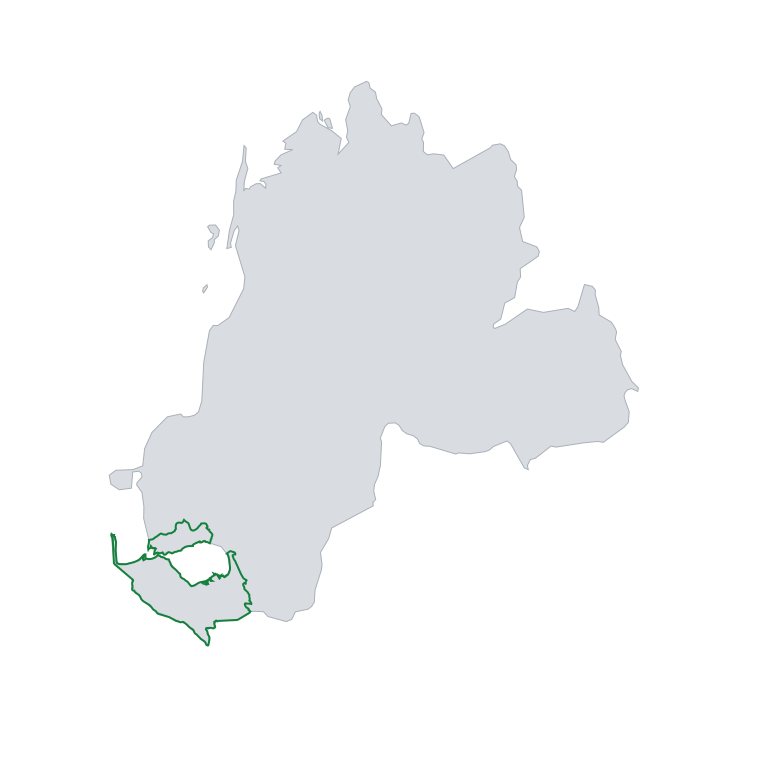 location of Zulia within Venezuela, rotated 282°
{"feature_id": "VEN-31", "entity_name": "Zulia", "entity_type": "State", "adm_level": 1, "iso_a3": "VEN", "parent_name": "Venezuela", "parent_adm1": "", "projection": "mercator", "projection_center": [-71.765, 10.117], "detail": "fine", "context": "in_parent", "style": "outline", "palette": "green", "viewbox_px": 768, "rotation_deg": 282, "n_neighbors": 0, "source": "natural_earth", "source_scale": "10m", "svg_char_len": 9797}
<svg xmlns="http://www.w3.org/2000/svg" viewBox="0 0 768 768"><g transform="rotate(282 384 384)"><path d="M668.4,293.4L676.4,304.0L675.6,306.5L670.6,308.9L667.7,315.0L661.4,317.6L652.7,324.8L647.0,325.4L638.1,337.5L643.0,346.8L641.8,351.6L644.0,354.0L654.2,354.3L655.2,356.8L653.9,360.7L652.1,363.2L638.2,370.9L631.5,370.0L628.7,372.4L619.7,374.1L617.2,378.7L619.5,384.8L620.4,394.9L609.1,406.9L637.1,438.8L640.1,440.4L643.1,447.8L642.1,452.2L637.1,457.3L630.0,461.1L625.9,467.6L621.6,469.0L613.9,468.4L610.1,472.1L605.3,473.4L602.1,478.3L576.3,486.5L565.2,484.0L552.2,490.0L549.9,504.9L545.9,508.4L541.1,508.3L525.1,493.2L517.0,495.4L511.6,493.3L495.7,493.8L488.3,485.3L471.8,484.7L465.5,478.9L462.6,478.8L461.3,480.7L467.8,490.3L487.1,508.6L487.2,525.1L496.2,548.2L494.6,555.5L499.9,557.6L523.0,559.4L522.8,567.6L519.7,571.3L515.2,572.0L503.3,578.2L496.3,580.1L491.7,593.6L487.8,597.5L483.5,600.7L475.7,600.8L465.1,609.4L461.3,609.2L452.3,613.5L437.9,626.0L433.1,633.6L429.5,633.8L430.9,627.1L429.1,623.5L425.7,621.6L422.5,621.2L418.5,623.0L407.8,629.6L397.4,631.0L391.9,628.0L372.6,610.7L372.2,604.8L367.8,591.0L358.0,565.3L358.1,560.3L342.7,547.4L340.6,542.9L334.2,541.2L330.2,542.9L331.2,538.6L352.0,520.1L353.8,516.0L345.7,504.1L341.3,500.8L338.7,496.6L333.5,482.2L332.1,471.1L330.4,468.9L332.6,441.8L331.7,435.8L333.2,431.3L337.3,428.1L339.5,423.3L340.0,416.8L342.4,411.4L346.8,407.2L348.3,403.1L346.5,396.4L342.7,393.7L330.2,391.6L326.8,393.7L303.8,397.4L292.4,397.4L283.7,395.6L277.1,396.2L269.4,399.9L265.6,397.8L262.6,398.8L232.3,362.8L221.2,362.0L206.1,356.9L194.2,361.0L189.2,361.4L168.0,359.4L156.2,361.2L151.3,359.4L148.0,356.6L142.7,344.7L134.6,342.7L131.3,338.0L132.4,318.8L136.2,313.5L134.8,304.8L133.6,300.6L122.9,289.9L117.3,268.9L110.2,267.8L108.1,263.2L106.0,262.3L100.2,265.2L94.0,266.4L92.7,265.2L108.2,239.2L114.1,208.4L121.9,193.3L132.4,181.1L140.9,177.5L153.4,156.8L180.9,148.2L173.7,154.5L157.3,158.5L153.5,161.0L153.9,167.9L158.7,177.7L167.1,185.5L163.2,186.3L165.0,193.3L168.9,198.1L169.1,201.1L166.1,210.5L153.5,225.2L146.7,238.0L151.9,245.7L152.6,249.5L161.9,259.0L161.0,262.8L165.1,270.5L171.6,271.6L184.3,266.7L191.0,258.5L192.5,242.8L191.2,237.3L183.4,223.7L178.1,218.4L173.4,206.6L171.3,195.8L174.9,193.3L174.5,187.7L183.3,186.1L202.5,176.9L214.3,174.6L227.8,169.7L233.7,163.2L235.8,162.8L242.8,166.6L246.3,165.2L247.7,162.3L245.7,156.5L229.6,158.6L225.5,147.1L229.1,137.8L237.7,134.2L243.9,139.7L248.1,156.4L253.8,165.0L271.0,163.3L288.4,167.1L306.9,179.0L312.4,191.4L310.1,194.5L311.3,199.7L314.0,205.0L318.1,208.4L329.7,209.3L367.7,203.2L399.7,202.2L405.8,204.8L406.5,209.2L416.8,218.7L447.9,226.9L459.9,225.7L488.5,209.9L503.8,210.3L508.2,207.9L502.5,205.5L489.8,204.6L485.9,206.2L483.8,202.1L502.1,200.9L518.3,201.8L531.6,198.9L542.0,199.0L552.6,197.1L572.4,199.3L588.1,197.5L586.3,200.1L572.8,202.2L566.5,206.0L553.0,205.3L543.5,206.7L546.5,207.7L546.5,211.6L549.2,212.5L553.3,217.3L554.3,221.3L550.9,227.5L554.8,226.9L557.0,224.8L557.0,220.4L559.1,221.2L569.1,239.5L573.3,235.1L576.3,237.8L576.2,230.9L579.5,231.1L586.8,235.7L594.3,246.1L593.0,238.1L599.0,238.0L600.6,234.6L612.7,246.0L625.4,249.4L634.9,257.9L632.9,262.2L627.2,264.3L625.0,266.9L620.7,280.5L615.3,291.1L599.3,291.3L612.9,299.4L617.6,296.0L624.4,295.8L634.6,291.5L648.4,293.4L654.4,289.9L661.9,290.4L668.4,293.4ZM503.1,180.3L504.5,186.1L500.2,191.0L494.3,191.2L489.7,187.9L487.2,188.7L479.3,186.9L481.6,183.8L487.4,182.3L491.8,185.9L495.4,186.0L496.3,183.1L501.2,178.8L503.1,180.3ZM632.0,275.9L623.4,280.4L623.0,276.0L629.6,270.6L632.5,273.9L632.0,275.9ZM444.3,190.2L442.0,191.2L435.6,188.8L437.0,187.3L440.5,187.3L444.3,190.2ZM633.7,267.6L628.5,269.1L630.0,265.9L635.4,264.2L637.4,264.8L633.7,267.6Z" fill="#d9dde1" stroke="#a8b0b8" stroke-width="1"/><path d="M179.3,148.7L180.6,148.7L180.0,149.8L179.9,150.6L180.2,151.4L179.1,151.5L178.7,151.6L178.5,152.0L178.4,152.7L177.1,153.1L174.6,154.4L172.9,154.9L165.7,156.0L157.6,158.5L155.9,158.8L154.8,159.2L153.9,159.6L153.3,160.1L152.8,161.7L152.9,163.6L154.2,169.4L157.8,176.6L160.4,180.3L161.5,181.4L166.6,184.3L167.2,184.8L167.7,185.4L167.8,186.1L165.4,186.6L165.6,185.9L165.3,185.4L164.7,185.0L162.6,184.5L162.1,185.1L161.6,185.4L162.0,185.9L163.5,187.4L163.9,188.0L163.7,189.7L164.1,191.4L164.8,193.3L165.7,194.8L166.7,196.2L168.1,197.4L169.9,198.3L169.4,199.3L169.1,201.0L168.4,202.0L168.6,202.3L168.7,202.8L168.6,203.3L168.4,203.8L168.6,204.5L168.3,205.4L167.8,206.3L167.5,207.2L167.6,209.6L167.7,209.9L167.6,210.1L167.2,210.4L166.9,210.6L165.8,211.0L164.7,212.2L164.0,212.4L163.3,212.8L162.2,213.7L161.1,215.0L158.6,219.7L156.3,222.9L156.0,223.9L155.4,224.3L153.6,224.8L152.9,225.3L152.4,226.1L152.0,227.0L151.6,228.9L150.6,230.6L149.7,233.0L146.9,236.3L146.2,237.6L146.4,238.2L147.2,239.9L147.7,240.7L150.7,243.7L151.7,245.1L153.9,250.0L153.1,249.6L152.8,248.8L152.5,247.8L152.1,247.0L151.8,247.3L152.1,247.9L151.6,248.1L151.3,248.5L151.9,248.8L152.6,249.4L153.1,250.2L153.3,251.1L153.0,251.9L152.3,252.0L151.5,251.5L151.0,250.9L150.8,251.7L151.1,252.6L151.8,253.6L152.5,253.1L153.5,252.3L154.4,251.8L154.8,252.7L155.1,252.7L155.1,251.8L155.6,252.1L156.7,253.5L157.2,253.8L158.0,254.0L158.3,254.5L157.0,254.2L155.9,254.7L155.3,255.7L155.7,256.9L156.3,255.1L158.8,255.1L159.9,255.8L160.9,257.0L161.9,257.8L163.1,256.9L162.9,257.6L162.8,257.8L163.2,258.2L163.3,258.5L163.1,258.7L162.5,258.7L162.5,259.0L163.0,259.5L163.1,260.3L162.8,261.0L162.5,261.7L162.0,261.3L161.2,261.9L159.5,263.5L159.9,263.8L160.9,263.2L161.3,263.8L161.9,263.5L162.2,262.9L162.6,263.3L162.4,264.2L163.1,264.7L162.3,264.8L162.3,265.4L163.1,266.5L162.0,267.6L161.9,268.0L162.0,268.4L162.6,268.8L162.8,269.0L163.1,269.0L163.6,269.3L164.0,269.6L163.8,269.9L164.2,270.3L165.1,271.0L166.9,271.5L168.8,271.8L170.7,271.9L172.5,271.5L178.7,269.6L182.9,267.8L184.3,266.9L185.2,265.9L185.3,265.5L185.8,265.8L188.4,268.1L188.6,268.8L188.6,269.8L188.4,270.4L188.3,272.2L188.0,273.2L187.3,273.7L186.7,274.0L186.3,273.9L186.1,273.4L186.1,272.9L185.8,272.3L185.0,271.6L184.3,271.7L182.7,272.8L182.0,273.1L181.1,273.9L179.9,275.2L168.4,283.6L165.7,286.0L164.8,286.9L164.3,287.8L163.6,290.2L163.4,290.4L163.2,290.4L162.5,290.0L162.0,289.8L161.2,289.9L160.1,290.3L159.9,290.3L159.8,290.1L160.2,289.3L160.2,289.1L160.1,288.6L159.9,288.3L159.5,288.0L159.2,288.0L158.1,288.0L157.8,288.2L156.3,289.5L155.5,289.8L154.9,289.9L154.3,290.2L151.9,294.1L150.6,295.1L150.1,295.8L149.8,296.1L149.5,296.2L148.2,296.3L146.0,297.4L145.8,297.4L144.5,297.3L144.2,297.3L143.9,297.6L143.9,298.0L141.9,299.8L141.5,299.9L141.2,299.9L141.2,298.6L141.0,297.0L140.7,295.8L140.7,294.3L140.5,293.9L140.3,293.7L139.9,293.6L139.5,293.7L138.1,294.5L136.9,295.7L136.7,296.1L136.6,296.8L136.4,297.5L135.7,298.5L135.5,298.4L135.2,298.2L134.9,298.3L134.4,299.0L134.2,300.0L133.7,300.6L133.3,300.4L132.4,300.1L131.9,299.7L123.3,290.4L122.5,288.9L117.8,271.1L117.1,270.2L117.7,269.2L117.5,268.7L116.8,268.3L116.0,267.5L115.6,267.9L114.4,267.7L113.9,267.9L112.1,269.0L111.2,269.4L110.4,269.1L109.6,268.1L109.4,267.1L109.5,265.3L109.3,264.2L108.7,263.4L108.9,262.7L108.3,261.1L108.1,260.8L107.1,260.8L105.2,262.6L104.2,263.1L103.1,263.4L102.4,263.9L100.9,265.3L99.3,266.1L97.5,266.4L92.2,266.5L91.6,266.1L91.6,265.2L92.1,264.3L93.7,263.2L94.5,262.5L95.0,261.6L96.5,257.9L100.0,252.8L100.8,250.8L101.4,250.3L103.2,249.2L103.8,248.4L104.3,247.6L105.4,244.7L107.8,241.0L109.1,238.2L109.5,237.1L109.3,236.2L108.9,235.4L108.6,234.3L108.7,233.4L109.0,231.7L109.0,230.0L111.3,222.3L112.1,212.7L112.2,211.0L112.5,210.1L114.5,207.7L115.3,205.4L117.9,202.3L119.1,200.4L121.2,194.4L122.2,192.4L123.3,191.1L125.2,189.8L126.0,189.0L126.8,188.0L128.2,184.3L129.7,182.5L129.8,182.0L129.9,181.2L130.1,180.8L130.8,180.3L131.8,180.1L133.6,180.1L136.0,179.2L136.9,179.0L137.7,179.1L139.3,179.5L140.1,179.3L140.5,178.7L151.3,158.6L152.0,157.6L152.9,157.0L175.4,151.1L177.1,150.4L178.5,149.1L179.3,148.7ZM192.0,246.7L192.6,244.3L192.6,242.2L193.1,241.7L193.2,241.3L192.9,240.4L192.4,239.7L191.6,239.0L191.0,238.2L190.8,237.1L191.3,237.0L191.6,236.9L191.7,236.5L191.6,236.2L190.8,235.3L190.1,234.1L187.7,231.2L186.8,230.6L185.8,230.8L184.9,226.9L184.1,224.9L183.2,223.3L181.5,221.6L180.6,220.9L179.0,220.3L178.6,219.6L178.2,217.9L177.8,217.3L176.9,216.2L176.5,214.9L176.1,214.2L174.5,212.4L174.3,211.9L174.2,211.5L174.5,210.8L174.8,208.5L174.6,208.0L174.0,207.4L172.0,206.1L171.4,205.2L171.4,204.1L171.6,203.8L173.2,202.4L171.8,200.3L171.7,199.9L172.0,198.1L172.0,197.5L171.8,197.0L170.8,196.0L170.0,194.9L169.6,194.8L169.6,194.5L172.7,194.3L174.1,194.5L175.5,195.1L176.0,194.1L175.8,193.2L175.4,192.4L175.2,191.7L175.5,191.1L176.5,190.4L177.0,189.7L175.8,189.7L175.4,189.6L174.9,189.4L173.7,188.1L173.1,187.9L175.0,187.2L176.7,187.0L180.2,187.0L182.1,186.7L182.6,186.5L183.7,189.3L184.1,190.1L184.6,190.6L185.4,191.3L186.1,191.8L187.8,193.6L190.9,196.3L191.3,196.8L191.4,197.4L191.0,199.1L191.0,199.6L191.1,200.4L191.3,201.3L191.2,202.0L191.4,202.3L191.6,202.7L192.3,203.3L193.0,204.1L193.3,204.8L193.8,206.8L194.1,207.2L196.6,209.8L196.8,209.9L197.9,209.9L198.9,210.6L201.0,209.9L203.2,209.8L204.3,210.1L204.9,210.6L205.7,211.8L206.0,213.1L205.9,214.2L206.0,214.9L206.4,215.4L207.1,215.9L207.9,216.3L208.6,216.3L209.5,216.6L208.7,217.8L208.4,218.5L207.9,219.5L207.5,220.9L207.2,221.5L206.6,222.0L202.3,224.6L201.3,225.6L200.9,226.9L201.0,228.1L201.7,229.1L203.1,230.7L204.5,231.7L205.7,232.2L208.5,234.0L209.4,234.1L210.4,237.0L210.4,238.2L210.2,239.1L209.6,239.7L208.8,240.2L208.4,240.7L207.9,241.0L207.4,241.1L206.8,240.4L206.5,240.2L206.2,240.3L205.0,242.4L205.0,242.7L205.3,243.2L205.2,243.4L204.1,243.7L203.6,244.0L202.6,245.8L201.5,247.1L201.1,247.4L200.8,247.5L199.5,247.5L198.1,247.2L196.7,247.4L196.2,247.0L196.0,246.9L195.7,246.8L194.5,247.1L192.7,246.7L192.0,246.7Z" fill="none" stroke="#15803d" stroke-width="2"/></g></svg>